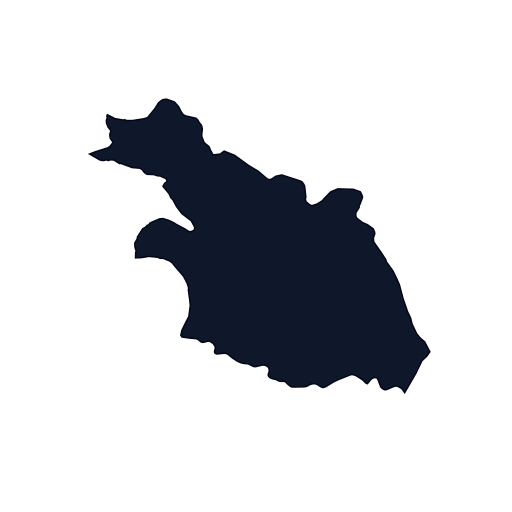 Guastatoya, El Progreso, Guatemala, rotated 209°
{"feature_id": "79465075B25176741785216", "entity_name": "Guastatoya", "entity_type": "district", "adm_level": 2, "iso_a3": "GTM", "parent_name": "Guatemala", "parent_adm1": "El Progreso", "projection": "albers", "projection_center": [-90.061, 14.852], "detail": "fine", "context": "isolated", "style": "filled", "palette": "ink", "viewbox_px": 512, "rotation_deg": 209, "n_neighbors": 0, "source": "geoboundaries", "source_scale": "gbopen_adm2", "svg_char_len": 4167}
<svg xmlns="http://www.w3.org/2000/svg" viewBox="0 0 512 512"><g transform="rotate(209 256 256)"><path d="M360.5,196.0L355.6,198.9L349.4,203.8L341.3,207.3L338.7,207.5L336.0,209.0L329.0,209.8L325.9,209.4L321.9,207.7L309.7,203.2L303.5,199.2L299.3,195.3L298.9,193.8L294.9,188.4L292.7,185.5L289.5,180.9L286.3,172.8L285.3,170.2L285.3,165.7L284.8,155.2L283.3,150.2L281.4,149.3L274.6,151.9L268.0,154.8L266.8,154.9L265.7,154.8L264.0,154.5L262.4,154.2L261.3,154.4L260.1,155.1L258.4,156.6L257.7,157.4L257.0,158.0L256.1,158.7L254.6,159.0L252.9,158.9L251.6,158.8L250.1,158.3L247.7,157.0L246.7,155.1L246.3,153.3L245.9,152.2L245.2,151.4L244.4,151.1L243.1,151.2L241.7,152.0L239.5,153.6L237.6,154.9L236.6,155.6L235.8,156.0L234.4,156.3L233.3,156.4L232.3,156.4L231.1,156.1L227.8,155.5L226.3,155.3L224.3,155.2L222.4,155.0L220.3,155.0L217.7,155.3L216.2,155.6L215.0,156.0L213.3,156.7L211.2,157.6L210.4,157.9L207.6,158.0L204.6,158.2L203.7,158.5L202.6,159.1L200.4,161.1L198.1,163.2L197.2,163.9L196.2,164.4L194.3,165.0L193.0,165.0L192.2,164.9L191.3,164.6L190.2,164.0L189.5,163.1L188.7,161.9L188.4,160.9L188.1,159.5L187.9,158.3L187.5,157.7L186.8,157.0L185.3,156.5L184.0,156.4L182.9,156.5L181.9,156.7L180.9,157.0L179.9,157.3L179.2,157.6L178.1,157.7L176.5,157.7L175.4,157.8L174.4,158.0L173.3,158.5L172.5,158.9L171.8,159.5L170.6,160.0L169.5,160.2L168.5,160.0L167.1,159.6L166.0,159.3L164.5,159.0L163.4,158.8L162.5,158.7L161.4,158.8L160.2,159.3L151.2,164.5L149.2,165.9L148.5,166.7L147.9,167.4L147.4,168.5L146.5,169.6L145.6,170.7L144.2,171.9L142.5,172.9L141.2,173.2L139.8,173.3L138.4,173.2L136.2,173.1L135.2,173.1L134.1,173.3L133.4,173.7L132.8,174.2L131.9,175.2L131.4,175.9L127.2,183.4L124.0,187.9L120.7,191.9L116.7,196.8L116.0,197.7L115.3,198.3L114.5,198.9L113.3,199.3L112.3,199.6L110.9,199.8L108.5,199.8L105.7,199.6L102.8,199.4L101.4,199.0L99.9,198.6L99.0,198.3L98.1,198.1L96.7,198.3L96.3,200.1L95.8,203.0L95.3,204.8L94.2,206.4L93.1,207.3L92.0,207.8L91.2,207.9L90.3,207.6L89.1,206.9L87.1,205.1L85.2,203.5L84.0,202.5L83.3,202.0L82.6,201.7L81.7,201.5L80.6,201.3L79.4,201.3L78.3,201.5L77.6,202.0L76.3,203.4L74.7,205.5L72.6,208.2L71.9,209.0L71.2,209.7L70.5,210.1L69.6,210.6L67.1,210.8L65.5,210.8L64.3,210.6L63.2,210.3L61.7,209.5L60.5,208.9L59.7,208.5L59.7,209.5L59.3,231.0L60.1,244.8L58.1,251.0L57.5,256.5L66.9,262.7L72.5,263.8L77.8,265.9L86.7,272.3L90.6,276.6L96.6,280.9L106.7,290.0L116.8,300.5L121.4,304.0L128.9,309.3L139.3,314.2L140.8,315.8L149.2,320.2L159.9,325.4L162.1,328.7L162.9,333.1L164.1,334.6L166.6,336.6L173.6,337.4L179.3,336.9L186.4,338.0L188.0,339.3L189.7,342.2L189.3,348.5L190.1,349.5L190.2,352.3L191.3,359.1L193.2,360.9L195.9,362.7L203.3,361.5L217.1,354.3L221.8,348.2L224.6,337.9L224.4,337.2L227.8,331.0L231.6,327.0L234.7,326.9L238.6,327.8L240.8,330.1L240.8,331.4L245.7,338.4L247.5,340.9L249.3,342.1L251.9,343.2L254.1,343.0L272.7,339.4L277.4,335.3L279.5,331.1L281.0,329.4L283.3,328.8L295.1,331.2L306.6,331.6L323.4,333.7L334.7,332.3L336.8,327.7L342.6,323.6L347.7,326.9L350.1,328.9L355.4,329.8L357.4,330.8L361.4,334.3L362.7,336.6L364.4,340.9L366.5,343.4L367.9,344.3L370.0,345.0L373.1,346.9L375.3,347.4L385.5,344.4L388.2,344.4L391.2,345.8L396.3,349.2L402.2,351.2L410.3,349.8L413.2,347.7L414.1,346.1L415.5,342.8L415.9,335.6L417.6,326.4L417.9,324.4L421.0,321.3L422.1,320.5L429.8,314.5L434.8,311.8L437.0,311.5L437.9,310.6L445.9,307.8L454.5,307.5L454.2,305.9L453.1,304.8L452.7,302.2L451.1,299.7L447.6,296.9L444.1,295.5L443.4,294.6L443.3,293.4L442.7,291.2L440.5,288.2L436.1,286.2L436.8,281.1L438.0,278.8L447.1,269.2L451.0,264.5L439.0,264.3L436.1,265.3L433.0,267.8L431.6,267.8L430.2,269.4L427.1,271.0L420.1,270.7L419.0,271.5L407.2,273.3L400.4,276.4L397.8,276.5L394.1,274.9L391.0,274.6L384.8,277.7L381.0,278.4L378.7,279.5L372.9,280.0L371.3,279.6L369.8,278.0L371.2,275.3L371.1,271.8L362.3,268.4L358.9,265.8L355.7,264.8L349.6,260.8L341.6,257.2L329.6,255.4L323.4,251.3L322.6,248.4L324.7,245.7L326.7,244.8L331.6,245.2L341.4,245.0L343.5,245.2L349.3,244.9L355.4,243.7L358.3,241.8L364.7,233.5L364.9,231.3L366.1,230.0L366.5,227.8L368.3,224.9L368.9,215.1L368.2,213.5L368.3,208.6L366.0,204.9L364.1,203.0L363.0,202.1L363.0,200.8L360.5,196.0Z" fill="#0f172a" stroke="#020617" stroke-width="1.5"/></g></svg>